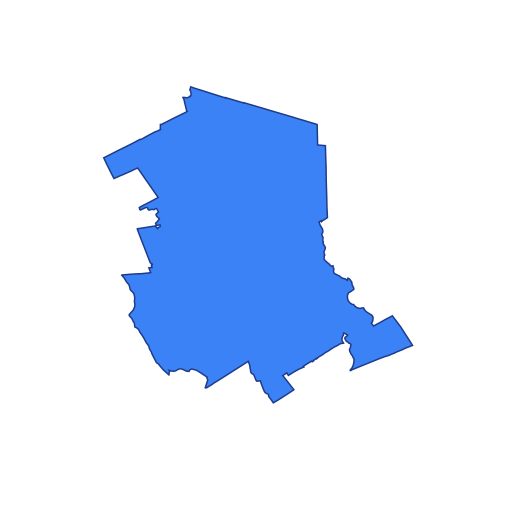 Vidra, Ilfov, Romania (Robinson projection), rotated 26°
{"feature_id": "2599482B96476332132739", "entity_name": "Vidra", "entity_type": "district", "adm_level": 2, "iso_a3": "ROU", "parent_name": "Romania", "parent_adm1": "Ilfov", "projection": "robinson", "projection_center": [26.154, 44.284], "detail": "fine", "context": "isolated", "style": "filled", "palette": "blue", "viewbox_px": 512, "rotation_deg": 26, "n_neighbors": 0, "source": "geoboundaries", "source_scale": "gbopen_adm2", "svg_char_len": 6115}
<svg xmlns="http://www.w3.org/2000/svg" viewBox="0 0 512 512"><g transform="rotate(26 256 256)"><path d="M178.2,372.9L179.6,372.9L181.5,373.1L182.9,373.7L185.0,375.4L188.1,377.0L191.8,379.4L195.3,382.0L198.3,383.5L199.5,384.3L200.6,385.9L203.8,388.0L206.0,390.1L209.7,392.8L212.7,395.1L213.7,395.6L215.7,395.8L217.2,396.6L222.4,398.9L229.8,401.0L228.7,397.4L228.0,396.9L229.4,396.8L229.9,396.7L231.3,396.1L232.0,395.9L233.0,395.4L233.5,395.0L234.5,393.9L235.4,392.4L235.9,391.8L236.9,391.0L237.5,390.6L238.3,390.3L239.0,390.1L239.7,390.0L241.9,390.0L243.7,390.0L245.2,389.6L245.8,389.4L246.4,389.0L246.3,388.3L246.4,387.5L246.7,386.9L247.7,385.8L252.0,384.8L255.9,385.1L265.3,386.3L265.2,386.8L265.7,387.5L267.0,388.6L268.1,396.6L268.6,396.7L269.7,395.7L270.4,394.5L272.5,391.2L273.0,390.4L273.3,389.6L278.3,381.7L295.2,354.1L297.9,356.6L300.7,360.5L302.4,362.9L302.8,363.1L303.8,363.4L305.4,363.6L306.3,363.9L309.0,366.3L310.2,367.5L311.3,368.1L311.9,368.1L314.0,366.6L314.6,366.2L316.9,368.7L318.6,370.2L320.9,372.4L322.9,374.1L324.2,374.8L325.6,375.0L327.1,374.9L327.9,375.0L328.3,375.5L328.8,376.5L329.8,377.2L332.0,378.2L335.9,380.4L338.8,376.1L344.7,366.4L348.7,359.6L348.2,359.3L346.9,358.7L332.5,351.7L334.9,347.6L336.3,348.5L337.5,349.1L340.3,344.5L344.1,339.0L347.7,334.8L346.9,334.4L349.0,330.8L350.0,329.3L352.1,326.1L352.9,326.4L353.8,324.8L353.4,324.6L355.1,321.8L355.4,322.0L355.9,321.1L355.7,321.0L356.1,320.1L359.4,315.0L359.9,313.9L361.0,311.9L361.9,310.8L362.4,310.0L364.0,307.3L364.0,307.0L364.6,306.2L365.1,305.5L365.8,304.1L366.7,302.9L367.1,302.6L369.2,299.5L370.3,297.7L370.6,297.6L372.9,296.0L372.1,295.4L370.8,294.7L369.9,293.8L369.0,290.5L369.3,289.1L368.8,287.8L368.6,286.9L368.6,286.6L373.1,286.9L372.7,288.4L372.1,289.4L371.8,289.9L371.8,290.9L372.9,292.0L373.5,292.2L374.7,293.1L376.1,293.1L377.9,293.7L379.1,293.4L379.7,293.7L380.2,294.1L380.4,294.6L380.5,295.4L381.0,296.9L381.0,297.4L380.9,298.3L381.0,298.9L381.4,299.7L382.2,300.7L383.2,301.5L384.1,302.2L384.7,302.6L386.6,303.6L387.4,304.4L389.0,305.4L389.6,306.3L390.4,308.1L391.2,311.2L391.3,312.2L391.3,312.9L391.3,313.7L391.3,314.7L391.1,315.6L390.8,316.3L390.7,317.1L390.8,317.4L390.9,317.6L391.5,317.4L391.6,317.0L391.9,316.6L392.1,316.2L398.8,308.7L402.4,304.7L410.5,295.7L412.5,293.5L415.2,290.7L416.0,289.8L416.6,289.3L417.2,288.7L419.1,287.0L420.2,285.6L422.9,282.7L424.3,280.8L428.3,276.4L430.4,273.7L430.7,273.4L431.8,272.1L434.4,269.4L435.9,267.7L417.0,256.2L404.8,250.0L400.5,255.8L396.6,261.5L394.3,264.6L392.4,267.4L389.0,265.7L389.4,264.6L389.4,263.1L388.5,260.6L387.8,259.5L386.8,258.8L385.9,258.4L380.5,257.9L378.2,257.3L376.5,256.3L375.8,255.7L375.3,255.5L374.5,255.9L372.3,257.6L369.4,258.2L367.7,257.9L366.1,257.4L365.0,256.8L363.6,257.3L363.3,257.4L362.7,257.2L361.4,257.1L361.1,257.0L359.3,256.2L358.1,255.4L357.8,255.2L357.1,254.2L356.4,253.2L355.6,251.7L355.3,249.7L355.4,248.4L356.8,246.3L358.5,243.2L358.1,242.1L355.5,240.1L354.9,239.6L354.7,239.2L353.5,237.5L351.2,236.2L350.5,235.8L350.3,235.7L348.4,235.6L348.7,237.9L346.3,237.4L345.5,237.6L344.7,237.8L344.3,237.8L343.3,238.1L341.1,237.7L339.6,237.4L334.3,237.4L334.0,237.3L333.1,236.6L332.1,235.4L332.1,234.6L331.7,233.4L329.5,231.8L329.6,231.6L329.8,231.2L329.5,231.1L329.3,231.5L327.6,232.1L326.6,231.8L326.4,231.7L326.0,231.3L325.4,231.2L321.5,230.2L320.3,229.9L319.0,229.2L318.3,228.4L318.0,227.6L317.6,226.6L317.3,226.2L317.3,225.9L317.4,225.0L317.0,224.5L316.4,224.1L316.0,223.8L315.5,222.9L315.3,222.5L315.1,220.3L315.0,219.3L314.8,218.3L314.5,217.9L314.1,217.5L312.2,216.3L311.0,215.5L310.8,215.0L310.7,214.7L310.5,214.1L310.0,213.5L309.4,212.9L309.0,212.4L308.6,211.3L308.1,209.9L306.9,209.0L305.9,208.1L305.5,207.5L305.7,206.2L305.6,205.3L305.1,204.1L303.9,202.6L301.2,200.8L300.1,200.2L297.8,197.8L299.2,195.8L299.4,196.2L299.8,196.5L300.4,195.0L303.4,190.2L298.3,180.9L293.0,170.6L285.9,157.1L281.5,148.4L279.8,144.9L277.5,140.7L270.0,126.4L262.7,129.2L257.9,119.9L253.3,111.0L239.5,113.2L235.6,113.9L228.5,115.0L220.8,116.3L178.0,123.5L178.1,123.8L159.2,127.0L159.4,127.3L143.4,129.7L136.4,130.7L127.3,132.1L123.2,132.6L123.7,135.6L124.1,135.5L124.4,136.1L125.0,136.7L126.2,138.0L127.3,140.6L126.3,141.6L126.5,142.0L124.8,144.0L122.3,144.8L120.9,145.4L120.8,145.5L122.1,146.4L122.8,147.1L129.2,155.0L129.9,155.6L130.8,156.1L129.3,158.4L122.7,166.8L118.2,172.8L113.3,179.2L112.7,179.5L112.4,179.7L112.6,180.0L113.5,182.1L114.1,183.4L114.8,184.0L112.2,187.4L111.5,187.9L110.4,189.3L109.7,190.2L105.0,196.7L101.6,201.7L101.4,201.8L100.9,201.8L100.7,201.9L94.2,210.8L86.2,221.1L76.1,234.5L80.3,237.9L89.5,245.0L94.4,248.6L98.5,243.7L100.5,241.5L107.4,233.3L108.2,232.1L108.9,231.3L111.1,228.8L142.4,246.3L140.0,249.7L136.6,254.4L133.2,258.9L130.2,263.0L129.9,263.7L131.2,265.2L131.9,265.4L133.3,263.7L134.3,262.6L134.8,261.8L136.2,260.4L136.5,260.3L137.0,260.2L138.0,260.7L138.5,261.4L139.1,261.6L139.8,261.6L140.3,261.3L141.0,260.4L142.3,259.5L143.0,259.4L144.2,259.0L144.4,258.7L144.7,257.8L145.2,257.3L145.9,256.9L149.1,259.3L147.9,262.2L147.9,262.5L148.1,262.9L149.8,264.1L152.8,264.8L152.3,268.0L152.0,269.1L151.6,269.8L151.5,270.6L151.6,271.0L152.6,271.8L153.3,272.1L154.0,271.6L156.0,270.1L156.4,270.3L156.8,270.9L156.9,271.6L156.7,272.0L156.0,272.8L155.7,273.3L155.7,274.0L155.5,274.6L154.3,274.0L152.2,273.2L142.1,280.3L137.4,283.5L137.6,284.0L142.5,288.6L145.4,291.3L149.3,294.9L164.0,308.5L166.4,308.8L166.7,309.3L166.0,309.8L166.1,310.3L166.5,310.9L167.6,312.0L164.9,313.6L168.6,317.1L166.1,318.9L165.9,318.9L161.3,321.8L155.6,324.9L150.0,328.1L149.9,328.2L144.0,331.7L144.8,332.4L145.0,332.4L144.7,332.5L147.5,333.7L150.0,335.5L152.6,336.8L153.5,337.1L154.6,337.7L155.1,338.2L157.3,340.9L158.0,341.5L158.6,341.8L159.2,342.0L160.8,342.4L161.5,342.9L162.2,343.1L162.7,343.4L163.2,343.9L164.7,345.8L165.5,347.1L166.6,350.1L167.9,352.0L168.3,352.6L169.1,354.1L169.2,355.2L169.4,358.4L168.0,363.1L167.8,363.9L167.8,364.4L167.8,364.6L168.0,364.9L168.3,365.2L168.9,365.5L171.0,366.3L172.4,367.0L173.5,368.0L174.3,368.6L174.9,369.1L175.4,369.2L175.9,369.4L178.2,372.9Z" fill="#3b82f6" stroke="#1e3a8a" stroke-width="1.5"/></g></svg>